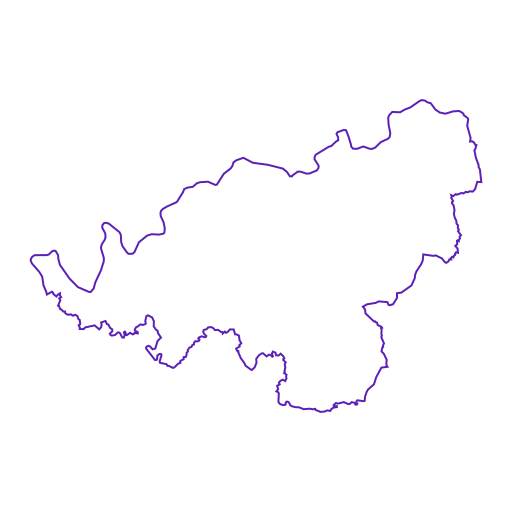 outline of Metsi-Maholo, Mafeteng, Lesotho
{"feature_id": "5366337B55767639194071", "entity_name": "Metsi-Maholo", "entity_type": "district", "adm_level": 2, "iso_a3": "LSO", "parent_name": "Lesotho", "parent_adm1": "Mafeteng", "projection": "orthographic", "projection_center": [27.155, -29.616], "detail": "fine", "context": "isolated", "style": "outline", "palette": "violet", "viewbox_px": 512, "rotation_deg": 0, "n_neighbors": 0, "source": "geoboundaries", "source_scale": "gbopen_adm2", "svg_char_len": 6057}
<svg xmlns="http://www.w3.org/2000/svg" viewBox="0 0 512 512"><path d="M363.8,401.2L364.7,400.8L365.0,396.8L366.7,391.8L368.2,389.3L373.9,384.4L376.3,377.0L381.4,367.6L387.5,366.8L386.3,364.8L386.7,359.8L383.7,353.6L381.5,351.5L382.2,347.8L383.2,346.9L382.9,345.6L384.0,343.4L381.3,337.2L381.9,335.6L381.4,334.4L381.6,329.5L381.1,328.2L382.1,327.8L381.5,326.9L377.7,325.0L377.0,322.6L375.7,322.3L375.0,321.3L373.9,321.4L365.5,313.4L365.0,309.4L362.9,306.7L367.1,304.3L375.6,302.9L378.8,301.4L387.4,302.1L388.5,304.8L389.5,305.2L393.0,304.3L397.0,298.0L397.0,293.2L401.4,292.6L411.5,285.4L414.8,278.1L415.0,275.3L416.3,271.6L421.0,264.5L422.7,260.7L423.3,254.4L433.4,255.9L435.7,255.4L441.9,258.4L444.8,262.1L446.2,262.9L448.6,261.2L449.2,259.6L451.2,259.4L450.7,258.4L452.1,256.9L453.3,257.3L453.2,256.5L454.8,255.3L455.3,254.4L454.9,253.9L456.1,252.3L458.0,252.8L457.5,248.5L455.3,245.9L457.2,244.3L457.0,240.7L457.7,240.3L458.8,241.1L459.0,239.6L460.0,238.5L459.6,236.7L461.0,235.2L458.0,231.2L458.9,229.8L457.8,228.0L458.0,225.3L456.5,223.6L456.4,221.0L454.7,217.4L453.9,214.0L454.5,210.1L453.6,205.4L452.0,203.2L452.0,202.1L453.1,201.0L451.2,197.8L451.8,196.7L451.3,195.2L453.2,196.1L455.8,194.1L457.0,194.7L461.4,193.0L463.5,193.4L465.8,191.8L467.6,192.3L469.9,191.3L472.8,191.6L475.1,189.1L477.3,181.8L481.3,182.1L479.9,169.5L478.6,167.0L478.6,165.0L475.9,157.8L474.4,150.2L475.3,149.0L476.4,145.1L475.5,145.1L474.1,142.6L472.2,141.3L470.1,141.5L470.6,138.0L467.2,125.7L468.2,119.2L467.8,118.2L463.7,115.1L463.4,113.6L460.3,111.5L458.9,111.0L453.0,111.4L445.4,113.7L439.7,112.5L435.5,109.6L430.7,103.2L427.4,102.3L424.9,100.6L421.8,100.1L419.6,101.0L410.2,107.5L404.9,109.5L400.1,112.3L392.3,111.9L389.2,115.2L388.2,117.6L388.6,124.7L390.3,133.3L389.7,136.9L388.0,138.8L380.8,142.1L375.3,147.5L372.1,148.9L369.9,148.8L363.2,146.5L356.8,148.9L352.9,148.6L351.2,146.5L351.1,145.0L348.4,136.2L346.0,130.2L343.9,129.9L337.5,132.2L336.5,133.9L338.1,137.2L338.2,140.3L336.2,141.4L331.3,146.0L328.7,146.8L315.7,154.7L314.7,156.8L314.5,159.2L318.3,165.2L318.7,166.4L318.3,168.3L316.7,170.5L309.5,173.5L306.3,173.6L300.7,171.7L297.8,171.6L292.4,175.5L292.1,176.3L289.9,176.3L286.9,171.9L282.9,168.6L267.9,164.8L252.9,162.8L243.4,157.8L236.5,160.2L233.5,162.3L232.5,165.7L230.7,168.4L223.8,173.8L216.8,184.7L215.3,184.9L207.9,181.7L200.1,182.2L197.0,183.2L192.8,186.8L187.5,187.6L184.2,189.1L182.9,192.4L176.8,202.1L167.2,206.4L162.8,209.0L161.0,210.9L160.5,212.9L160.7,216.0L163.6,222.4L164.8,228.5L164.3,232.9L163.0,233.8L158.9,234.6L151.7,234.2L147.1,235.6L138.9,242.3L134.4,252.2L132.6,253.7L129.0,253.9L127.4,253.0L122.5,246.2L121.2,242.1L120.8,234.8L119.5,232.2L109.1,223.8L106.5,222.8L104.2,223.0L102.5,225.0L102.2,226.5L102.4,228.1L105.3,233.4L105.5,237.5L104.6,240.0L101.8,244.3L100.9,247.9L103.9,258.2L103.7,261.5L101.0,270.2L95.3,282.4L93.7,288.5L90.7,292.0L88.9,291.9L77.9,287.1L69.7,278.8L60.0,265.0L58.5,259.7L58.0,255.0L55.6,251.0L54.0,250.6L52.1,251.3L48.8,254.5L46.8,255.1L34.5,255.2L32.1,256.9L30.8,259.2L30.7,260.7L31.9,263.4L39.2,271.8L42.2,276.6L43.5,285.4L46.2,291.7L46.9,294.5L52.0,291.7L53.1,292.7L53.2,293.8L56.4,296.5L58.1,294.4L60.0,293.4L59.8,295.1L61.1,297.2L59.2,298.3L60.3,300.3L58.1,305.7L59.0,305.9L60.2,309.2L61.4,309.5L63.2,311.5L65.0,311.5L65.2,313.0L66.3,314.0L68.4,314.8L70.8,314.3L72.9,315.7L75.2,314.8L77.3,315.9L78.5,319.2L79.7,319.9L80.2,323.7L80.0,324.6L78.7,325.2L79.9,327.9L79.7,329.0L83.7,329.1L85.2,327.4L94.6,325.4L99.3,329.4L101.3,326.9L101.6,324.5L101.1,322.5L105.5,321.0L106.9,324.1L108.4,324.5L110.1,327.9L112.2,329.3L112.3,331.3L109.8,333.7L110.5,334.9L111.8,335.6L115.1,335.0L117.7,332.5L118.9,332.4L120.0,333.2L122.2,337.4L123.8,337.6L124.7,335.2L123.9,332.3L124.6,331.6L125.2,331.8L126.2,335.0L126.9,335.1L130.1,332.8L132.7,334.4L133.7,334.1L134.4,333.0L137.8,333.4L137.7,332.1L134.8,330.6L134.8,329.4L136.2,327.1L137.8,326.5L139.8,324.8L140.9,324.4L142.7,325.0L145.4,324.1L145.8,323.1L145.3,321.1L146.3,316.3L147.9,315.3L152.1,317.4L153.9,321.2L153.7,326.3L156.0,329.7L157.7,330.9L158.0,333.1L161.0,337.6L157.6,340.9L155.3,348.5L152.6,349.3L150.1,346.5L148.4,345.8L146.7,346.6L146.0,347.7L146.2,348.7L155.1,360.1L156.9,359.7L157.5,355.4L159.5,354.0L161.1,354.1L161.5,355.2L159.6,361.6L160.0,362.8L166.5,364.2L167.5,365.9L168.8,365.9L173.0,367.9L174.5,367.3L178.3,363.5L180.3,363.0L180.3,361.0L183.6,359.2L183.7,357.1L185.7,357.0L186.6,354.6L186.6,352.8L187.9,351.5L187.7,350.1L189.4,347.6L191.3,347.0L192.5,344.9L193.9,344.6L194.0,342.9L195.2,341.2L197.8,341.4L199.0,340.7L199.5,339.5L198.3,338.7L198.7,337.6L201.7,336.3L204.8,337.3L205.8,337.0L206.3,336.0L204.0,333.7L203.2,331.9L203.6,330.0L206.6,329.2L208.1,327.4L211.2,327.1L213.1,328.0L215.0,330.1L218.0,329.8L220.8,331.8L222.3,332.0L222.7,333.6L224.8,331.6L226.0,332.8L227.8,331.8L229.9,329.4L233.7,329.5L235.1,334.3L237.4,334.7L239.0,335.8L239.5,340.1L241.3,343.3L239.3,345.2L239.7,346.5L236.2,348.5L236.6,349.9L237.6,351.3L238.3,351.1L238.6,353.1L240.8,358.1L244.5,363.3L245.4,365.6L250.5,369.3L251.9,370.0L254.6,367.4L256.5,362.8L256.2,358.9L258.9,355.3L261.8,353.4L263.1,353.3L266.6,356.4L269.1,354.6L271.1,355.4L272.3,356.7L272.9,356.3L271.9,353.6L272.9,351.6L275.5,352.7L276.1,355.4L278.8,355.4L280.6,353.7L283.3,356.2L284.3,358.5L283.4,358.9L283.2,359.9L285.7,362.4L284.8,364.0L285.3,367.7L284.5,371.1L284.9,372.0L284.1,373.1L286.5,374.7L286.1,376.7L286.5,378.5L285.1,381.1L283.0,379.6L280.5,380.8L278.9,382.5L279.7,384.4L277.1,385.8L278.2,389.0L276.4,391.4L278.1,392.1L278.8,393.3L278.4,402.0L280.1,404.1L283.0,405.1L285.2,404.8L285.7,404.3L285.7,402.5L286.6,401.7L287.7,401.7L288.9,402.4L290.3,405.2L291.7,406.2L295.6,407.2L299.0,407.3L303.7,409.2L309.8,408.7L313.0,409.3L315.2,408.8L315.7,410.0L320.5,411.9L324.8,411.5L327.1,410.4L330.3,410.9L331.3,409.1L333.5,407.6L336.9,407.1L336.8,406.1L333.9,406.4L333.6,405.1L336.0,403.0L337.9,403.6L343.8,402.1L348.4,404.2L350.0,403.8L351.7,402.1L354.7,402.9L355.4,404.6L356.8,404.6L357.4,403.8L356.6,402.9L356.4,401.6L357.2,400.3L363.8,401.2Z" fill="none" stroke="#5b21b6" stroke-width="2"/></svg>